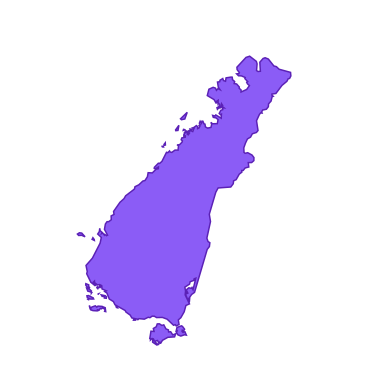 outline of Pulau Taliabu, Maluku Utara, Indonesia, rotated 303°
{"feature_id": "22746128B98781354669228", "entity_name": "Pulau Taliabu", "entity_type": "district", "adm_level": 2, "iso_a3": "IDN", "parent_name": "Indonesia", "parent_adm1": "Maluku Utara", "projection": "albers", "projection_center": [124.647, -1.826], "detail": "fine", "context": "isolated", "style": "filled", "palette": "violet", "viewbox_px": 384, "rotation_deg": 303, "n_neighbors": 0, "source": "geoboundaries", "source_scale": "gbopen_adm2", "svg_char_len": 5988}
<svg xmlns="http://www.w3.org/2000/svg" viewBox="0 0 384 384"><g transform="rotate(303 192 192)"><path d="M111.3,134.4L108.4,135.8L105.4,135.8L104.5,140.7L99.0,142.8L82.3,144.5L72.7,143.1L68.2,147.5L66.1,148.2L61.2,156.3L60.8,160.2L62.5,158.3L64.2,158.7L62.9,159.7L62.7,163.4L64.1,165.0L64.3,167.3L61.7,169.3L62.4,173.9L61.0,173.0L60.9,175.7L57.2,180.9L57.3,185.8L55.5,188.8L56.2,200.5L55.3,202.1L55.1,207.2L53.6,210.2L55.9,216.0L54.8,216.0L56.9,216.5L59.4,221.3L63.1,223.5L63.7,225.2L66.2,226.2L67.3,228.1L67.4,230.7L70.7,235.5L71.8,240.4L70.2,249.1L71.6,250.2L71.1,251.7L73.8,253.3L77.3,250.2L80.5,251.1L87.3,250.7L93.5,248.7L96.8,250.8L102.0,242.3L105.5,240.5L108.3,237.8L113.4,240.1L115.7,239.3L118.7,241.6L120.4,241.1L121.8,242.1L110.6,246.1L111.9,244.0L110.9,244.0L109.9,241.5L107.5,240.7L104.8,241.9L105.6,242.6L104.9,243.6L102.8,242.1L100.0,246.2L100.2,247.3L105.9,247.5L109.2,248.8L152.2,236.0L155.7,236.3L159.2,234.6L159.2,232.4L161.4,229.6L177.3,223.6L182.8,218.6L204.7,212.1L209.6,211.7L217.3,221.8L221.4,222.1L224.0,220.8L226.4,222.3L232.7,221.9L235.8,223.0L237.1,222.0L238.0,223.2L241.1,223.5L243.9,226.0L247.3,223.2L249.2,226.0L252.0,226.8L254.6,225.2L255.7,222.2L255.3,217.3L253.4,215.5L253.5,214.1L257.2,211.4L262.2,210.2L266.7,209.6L269.9,211.2L273.7,210.9L277.0,213.6L279.5,213.9L286.9,207.3L293.7,206.3L295.7,206.5L296.4,207.8L297.1,206.8L299.2,206.6L301.9,209.3L305.1,209.6L307.6,208.2L311.3,208.8L315.5,207.3L316.5,208.0L316.7,206.3L317.7,205.7L320.3,208.7L330.4,209.4L336.5,211.3L339.3,211.0L340.4,212.0L343.2,211.7L346.0,209.5L342.4,198.2L343.1,194.5L342.3,192.0L345.1,183.6L344.4,180.2L342.7,178.9L337.8,178.2L330.5,183.6L329.0,181.7L329.0,180.0L334.9,176.8L336.6,174.8L337.3,166.4L334.3,164.0L321.1,161.7L319.2,163.2L317.9,166.7L316.8,166.8L315.4,165.1L314.8,167.7L316.3,170.2L317.0,174.3L315.9,174.6L314.9,178.6L313.8,178.1L312.9,179.6L312.5,182.2L307.8,182.0L302.6,178.7L304.3,177.6L304.7,175.1L305.8,174.5L306.9,170.6L305.9,168.3L307.9,167.6L308.3,164.8L310.2,163.2L309.7,162.2L306.3,158.4L303.1,159.8L302.6,157.7L303.9,156.0L301.0,154.6L299.6,155.2L298.1,153.5L294.2,157.0L293.1,159.7L292.8,157.5L290.6,157.1L291.9,155.1L291.3,152.7L287.4,150.2L281.2,152.3L281.5,160.2L279.7,163.7L280.5,164.3L281.1,163.1L283.2,164.0L280.1,165.9L280.8,166.0L280.5,167.4L278.2,168.0L276.3,167.0L275.2,168.3L278.8,169.0L277.9,169.8L278.9,170.2L282.1,168.7L281.3,170.6L280.2,170.6L280.0,173.1L279.1,171.6L277.8,172.9L276.2,171.7L272.7,172.0L272.3,173.7L273.3,174.3L269.8,176.3L269.6,170.0L268.3,169.9L267.5,167.6L266.2,169.2L267.2,171.8L266.9,174.4L263.1,176.0L260.4,172.0L260.7,169.9L259.4,171.7L256.5,172.7L254.1,170.3L253.9,167.8L256.0,165.9L255.7,164.9L257.3,162.6L256.9,161.8L254.9,162.5L255.8,160.3L253.7,160.7L252.8,162.4L251.7,161.7L251.3,162.8L249.4,163.0L248.2,162.2L249.9,161.1L250.1,159.5L247.9,158.7L243.1,159.7L242.8,157.7L244.7,157.8L243.7,156.0L242.9,157.1L241.9,156.1L241.3,157.1L240.0,155.9L239.8,157.8L237.9,157.7L237.9,156.8L239.1,157.1L238.9,155.2L237.3,153.4L235.7,154.4L235.0,153.5L235.4,154.5L234.2,154.9L235.4,155.9L234.3,156.5L231.8,154.0L229.9,154.5L229.7,156.1L228.3,156.5L224.9,155.8L223.3,153.8L223.6,155.4L219.5,157.5L217.9,154.9L214.2,153.5L213.6,151.9L214.2,150.8L211.8,150.3L211.4,149.0L201.3,150.1L198.4,149.3L197.8,148.1L192.2,147.0L191.2,147.5L191.6,148.7L194.7,150.2L193.2,151.1L191.6,149.5L186.4,148.3L184.3,144.7L180.5,146.3L176.0,146.3L174.4,144.8L169.1,143.5L165.4,141.3L163.1,142.1L152.7,138.4L149.4,138.6L144.2,137.2L133.0,136.8L130.7,138.8L127.9,137.2L124.8,139.4L121.9,138.4L120.8,136.9L118.0,136.8L113.0,138.9L109.8,144.7L108.8,144.1L108.9,141.8L108.1,141.9L109.0,139.5L107.8,138.8L109.2,138.5L109.5,136.1L111.3,134.4ZM52.9,233.4L46.1,236.4L46.4,237.2L45.3,237.8L47.4,238.3L47.8,239.6L46.6,241.5L46.5,239.6L44.6,240.8L44.5,245.8L45.6,246.7L46.0,243.1L47.6,242.8L48.7,244.0L47.1,246.7L49.1,246.5L47.7,247.3L48.1,248.1L51.5,248.0L57.0,250.9L61.0,256.3L64.2,255.5L61.7,253.7L63.2,250.2L61.9,248.6L63.5,247.3L63.0,244.7L65.2,240.7L63.7,239.4L63.7,236.5L62.5,234.7L59.5,235.4L56.5,233.9L54.4,236.1L52.9,233.4ZM70.2,253.2L68.0,254.0L67.3,255.9L67.2,254.3L66.3,254.5L64.5,257.9L65.1,261.1L68.2,263.5L68.9,265.2L70.9,262.2L69.8,260.7L69.2,261.6L69.6,259.6L70.8,259.1L71.2,260.6L72.9,260.5L74.1,257.2L74.0,256.0L70.2,253.2ZM38.8,170.8L41.0,167.7L40.2,168.3L38.6,170.1L38.0,171.2L38.6,173.6L40.7,177.3L41.6,178.0L41.9,177.2L42.6,178.5L44.4,178.5L44.8,179.8L46.3,180.2L47.1,178.9L45.1,175.3L43.6,174.8L43.9,172.9L41.2,170.8L39.6,170.1L39.3,170.2L39.0,170.8L38.8,170.8ZM256.2,144.6L247.1,142.5L246.9,143.8L249.3,146.2L256.2,144.6ZM94.3,118.8L93.8,120.6L95.6,123.1L96.2,126.7L97.5,121.9L96.5,119.8L94.3,118.8ZM47.7,160.4L46.3,161.8L47.0,165.3L48.7,167.8L49.4,166.8L48.8,161.6L47.7,160.4ZM57.8,175.7L56.3,171.9L55.5,173.5L56.6,175.2L55.3,176.2L56.2,178.0L57.5,177.3L57.8,175.7ZM54.7,158.9L53.9,156.1L52.1,158.6L53.0,161.6L54.2,161.5L54.7,158.9ZM56.1,158.6L56.3,157.0L57.9,155.9L57.3,152.9L56.1,153.5L55.1,155.8L56.1,158.6ZM240.8,144.7L235.1,144.4L234.6,145.0L236.0,146.7L240.8,144.7ZM47.3,180.2L46.2,180.9L46.1,183.2L44.3,183.7L44.7,184.8L47.7,182.2L47.3,180.2ZM99.7,133.8L97.9,134.0L98.2,136.5L98.9,135.9L99.7,133.8ZM97.9,249.8L98.9,249.4L101.5,248.0L99.8,247.5L97.9,249.8ZM54.9,214.4L53.4,212.5L52.6,212.7L54.2,215.0L53.9,213.8L54.9,214.4ZM218.7,142.8L216.6,142.6L215.9,143.3L216.9,144.1L218.7,142.8ZM63.4,165.6L62.1,165.7L61.7,166.9L62.9,167.2L63.4,165.6ZM240.0,153.8L237.8,153.3L240.3,154.7L240.0,153.8ZM62.6,162.8L61.8,160.6L61.2,161.9L62.6,162.8ZM54.9,190.4L54.0,191.5L54.3,192.6L55.1,191.4L54.9,190.4ZM61.0,164.2L59.9,164.3L59.6,165.7L60.7,165.6L61.0,164.2ZM239.9,150.8L238.9,151.1L240.3,152.3L240.4,152.1L239.9,150.8ZM214.2,143.5L214.6,142.8L214.0,142.1L213.7,142.6L214.2,143.5ZM247.2,158.4L246.4,157.8L246.7,158.8L247.2,158.4ZM52.3,162.7L53.2,162.7L53.1,162.2L52.3,162.7ZM45.6,164.6L45.6,163.5L45.3,163.3L45.3,163.8L45.6,164.6ZM55.8,169.1L55.4,168.8L54.7,169.0L55.8,169.1Z" fill="#8b5cf6" stroke="#5b21b6" stroke-width="1.5"/></g></svg>